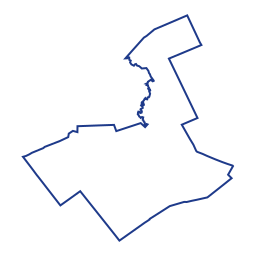 the district of Dracea, Teleorman, Romania
{"feature_id": "2599482B41150428898624", "entity_name": "Dracea", "entity_type": "district", "adm_level": 2, "iso_a3": "ROU", "parent_name": "Romania", "parent_adm1": "Teleorman", "projection": "equal_earth", "projection_center": [25.009, 43.874], "detail": "fine", "context": "isolated", "style": "outline", "palette": "blue", "viewbox_px": 256, "rotation_deg": 0, "n_neighbors": 0, "source": "geoboundaries", "source_scale": "gbopen_adm2", "svg_char_len": 2050}
<svg xmlns="http://www.w3.org/2000/svg" viewBox="0 0 256 256"><path d="M119.4,240.6L121.0,239.5L144.7,222.7L146.9,221.3L149.6,219.5L149.7,219.2L149.7,218.9L163.7,210.0L169.8,206.1L184.2,201.9L186.7,202.0L191.8,200.8L196.7,199.8L207.4,197.4L219.7,187.7L231.6,178.2L228.1,174.7L233.0,166.1L232.6,165.6L227.4,163.9L222.4,162.1L215.2,159.3L207.0,155.9L202.6,153.9L197.1,151.8L196.2,150.9L193.4,144.7L189.8,138.8L181.8,124.7L197.5,118.0L178.9,79.3L168.9,58.6L191.0,49.4L201.4,45.0L199.8,42.3L187.2,15.4L180.2,18.4L154.4,29.4L146.5,36.0L143.9,37.6L131.3,51.7L125.4,58.4L127.2,58.3L128.2,57.2L129.2,57.5L129.3,59.8L130.7,60.6L130.1,62.4L131.4,64.4L133.9,65.7L135.0,64.3L136.0,64.0L137.1,65.6L139.0,66.1L140.3,67.1L141.8,68.5L146.4,68.1L148.4,70.9L149.0,73.0L149.9,74.2L150.7,76.5L153.7,80.6L153.7,80.9L152.7,81.3L150.8,79.8L147.9,81.8L147.8,82.9L146.3,83.7L147.2,83.9L147.2,84.6L146.7,84.8L146.6,85.1L148.0,85.3L148.2,86.7L149.0,87.9L148.2,88.7L148.8,89.6L150.0,89.6L150.2,90.5L149.2,91.3L150.1,93.7L149.3,96.7L148.8,97.3L148.1,97.2L147.5,97.6L147.2,99.3L145.8,99.1L145.3,98.2L144.4,99.2L143.9,100.4L143.1,101.2L143.1,102.1L141.9,102.2L141.7,102.6L141.8,103.2L141.7,103.7L142.1,103.9L143.5,103.5L143.9,104.7L143.8,105.0L142.9,105.1L142.1,104.8L141.7,104.8L141.1,105.4L141.4,105.8L141.7,106.0L142.6,106.2L142.7,108.0L141.4,108.7L140.6,109.1L140.5,109.3L140.8,109.9L141.8,111.2L141.8,111.8L141.6,112.6L140.5,113.0L140.0,112.7L140.0,112.2L139.3,111.7L138.5,111.7L138.5,112.6L138.0,112.6L137.8,114.4L138.7,115.2L139.2,116.5L139.9,116.9L140.7,117.9L142.0,117.0L143.2,117.4L142.7,119.8L143.5,120.4L143.7,121.6L144.7,122.4L144.7,124.4L145.5,124.8L146.5,124.0L147.5,124.4L145.1,127.1L140.7,123.1L116.3,131.1L116.1,130.6L114.0,124.9L99.3,125.4L86.0,125.9L77.5,126.2L77.4,132.1L72.9,130.9L68.8,133.6L68.2,137.1L59.9,141.0L44.7,146.9L43.3,148.1L31.9,152.8L29.4,154.3L25.9,156.0L23.0,156.8L31.3,167.7L35.4,173.2L37.1,175.5L37.8,176.3L59.2,203.9L60.4,205.4L69.1,199.2L80.2,191.2L104.0,221.1L115.1,235.1L119.4,240.6Z" fill="none" stroke="#1e3a8a" stroke-width="2"/></svg>